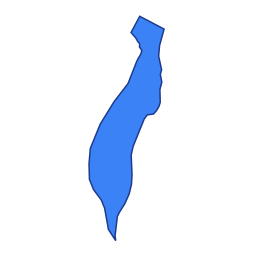 Kayunga, orthographic projection, rotated 30°
{"feature_id": "UGA-3067", "entity_name": "Kayunga", "entity_type": "District", "adm_level": 1, "iso_a3": "UGA", "parent_name": "Uganda", "parent_adm1": "", "projection": "orthographic", "projection_center": [32.888, 1.01], "detail": "fine", "context": "isolated", "style": "filled", "palette": "blue", "viewbox_px": 256, "rotation_deg": 30, "n_neighbors": 0, "source": "natural_earth", "source_scale": "10m", "svg_char_len": 704}
<svg xmlns="http://www.w3.org/2000/svg" viewBox="0 0 256 256"><g transform="rotate(30 128 128)"><path d="M102.8,112.1L105.8,89.5L102.4,67.0L102.0,62.2L102.2,59.5L101.9,56.5L101.2,54.1L99.7,53.1L97.6,52.3L95.9,49.1L93.5,48.4L89.4,46.0L82.9,43.8L82.3,25.4L109.8,24.3L114.1,40.8L118.6,50.4L128.0,60.8L129.2,65.4L134.4,71.5L136.4,78.7L143.1,89.7L144.0,93.7L144.0,98.7L143.1,103.1L138.2,107.0L137.5,111.8L141.6,141.3L144.3,149.9L154.9,166.5L159.2,175.1L162.0,184.6L163.1,195.2L162.7,205.2L163.0,209.9L170.7,227.8L173.7,231.7L161.7,225.6L158.8,222.1L147.7,209.0L140.9,203.7L129.0,198.6L120.3,191.8L112.2,178.6L105.6,164.6L102.0,138.5L102.8,112.1Z" fill="#3b82f6" stroke="#1e3a8a" stroke-width="1.5"/></g></svg>